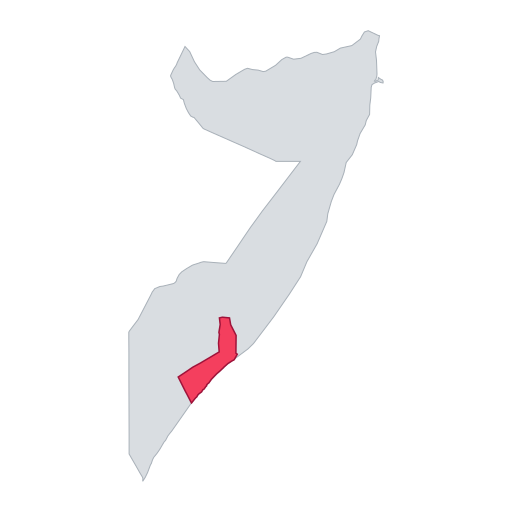 Shabeellaha Hoose on a map of Somalia (Equal Earth projection)
{"feature_id": "SOM-2316", "entity_name": "Shabeellaha Hoose", "entity_type": "Region", "adm_level": 1, "iso_a3": "SOM", "parent_name": "Somalia", "parent_adm1": "", "projection": "equal_earth", "projection_center": [44.342, 1.971], "detail": "fine", "context": "in_parent", "style": "filled", "palette": "rose", "viewbox_px": 512, "rotation_deg": 0, "n_neighbors": 0, "source": "natural_earth", "source_scale": "10m", "svg_char_len": 3115}
<svg xmlns="http://www.w3.org/2000/svg" viewBox="0 0 512 512"><path d="M142.9,478.6L142.5,477.2L140.1,473.2L135.8,465.6L132.5,459.9L129.1,454.0L129.1,449.3L129.1,435.4L129.0,407.6L128.9,379.7L128.9,351.9L128.8,337.9L128.8,332.3L129.2,331.3L133.0,326.2L138.1,319.5L144.8,306.6L148.4,299.7L151.4,293.9L152.2,292.1L154.8,288.6L159.9,286.5L163.0,286.1L173.7,283.5L175.2,282.4L176.2,281.2L177.1,278.4L179.2,274.5L181.8,271.8L186.9,268.4L192.0,265.4L193.1,264.9L199.1,263.0L200.6,262.4L203.0,261.8L203.9,261.7L212.3,262.4L218.9,262.9L225.6,263.4L226.3,263.0L231.0,256.1L238.5,245.1L243.2,238.1L250.6,227.2L256.3,219.4L262.5,210.8L268.6,202.9L275.9,193.4L280.5,187.4L287.6,178.1L294.4,169.2L300.4,161.4L292.1,161.4L284.0,161.4L276.0,161.4L274.6,160.5L267.9,157.4L259.3,153.6L248.8,148.8L241.2,145.4L233.2,141.9L225.1,138.3L218.7,135.5L210.8,132.0L203.9,128.9L202.9,128.2L199.1,123.5L194.0,117.4L193.1,117.3L190.7,116.0L188.5,112.7L186.3,108.5L184.3,103.2L183.4,99.6L180.6,98.1L179.3,95.2L176.8,91.0L175.1,89.0L174.5,87.2L173.7,83.5L172.3,79.5L170.9,77.0L170.6,76.0L170.7,75.3L173.2,69.9L174.4,67.9L175.7,66.1L176.7,64.2L177.1,62.9L180.2,56.5L182.9,50.9L185.0,46.5L189.7,51.6L194.4,61.7L199.7,69.9L207.2,77.6L210.1,80.2L212.7,81.5L226.3,81.3L235.9,74.4L244.6,69.3L247.5,68.3L252.6,69.6L258.1,70.1L263.2,71.6L265.7,71.2L275.6,65.3L281.8,59.6L286.1,57.2L287.8,57.2L293.6,59.2L301.0,58.3L311.2,53.4L314.4,52.4L316.9,52.3L322.5,54.5L323.4,54.4L326.4,54.0L334.3,51.7L340.4,48.1L351.8,45.6L360.4,39.1L361.9,36.0L364.4,32.0L368.2,30.7L377.9,35.3L379.5,35.7L379.0,38.5L378.7,41.4L376.7,46.4L375.5,51.9L376.5,60.4L377.0,74.1L376.8,76.1L376.2,78.1L375.9,79.6L374.9,80.2L374.4,81.1L375.2,81.4L378.2,79.9L378.2,78.3L378.3,77.5L380.9,79.3L382.6,80.1L383.2,81.8L383.0,83.0L380.2,82.4L378.8,81.5L374.6,83.0L372.0,84.6L371.2,87.3L370.7,98.1L369.8,105.1L369.6,114.4L366.3,120.5L365.2,124.9L360.1,133.5L357.5,140.9L356.7,144.6L352.3,154.7L346.2,162.5L344.0,172.5L341.8,178.8L339.4,184.4L334.0,194.5L331.3,201.5L327.8,213.7L326.8,221.4L317.1,243.8L306.9,261.7L300.6,276.7L289.3,294.2L273.8,316.7L253.5,343.5L248.0,348.9L225.8,365.4L211.4,379.3L204.0,388.7L196.3,396.9L190.2,404.7L171.7,431.1L169.7,433.5L167.9,435.9L165.6,440.3L164.0,442.1L159.6,449.6L156.8,453.6L153.7,457.4L152.4,460.1L151.4,463.3L150.4,465.0L147.6,472.5L145.2,477.4L142.7,481.3L142.9,478.6Z" fill="#d9dde1" stroke="#a8b0b8" stroke-width="1"/><path d="M234.3,359.6L233.5,360.2L232.9,360.4L232.7,360.5L227.8,363.6L223.6,367.4L223.5,367.7L223.2,367.9L219.8,371.1L216.7,373.7L211.4,379.3L208.7,383.1L208.1,383.4L207.1,384.3L206.8,384.6L206.7,384.9L206.7,385.2L206.6,385.9L206.5,386.0L206.1,386.2L206.0,386.3L205.8,386.6L204.1,389.0L203.6,389.4L203.0,389.6L202.7,389.9L201.6,391.9L198.8,393.9L197.9,394.8L196.7,397.0L196.3,397.3L196.0,397.5L194.9,398.7L191.5,403.0L191.4,402.9L187.3,394.9L185.3,391.2L178.2,377.0L186.6,371.4L192.9,367.1L200.3,363.1L219.2,351.9L218.5,343.3L219.4,334.4L218.9,332.4L220.2,324.5L219.4,317.9L222.4,317.2L229.5,317.9L230.7,324.8L236.1,335.4L235.9,353.2L237.3,354.2L234.3,359.5L234.3,359.6Z" fill="#f43f5e" stroke="#9f1239" stroke-width="1.5"/></svg>